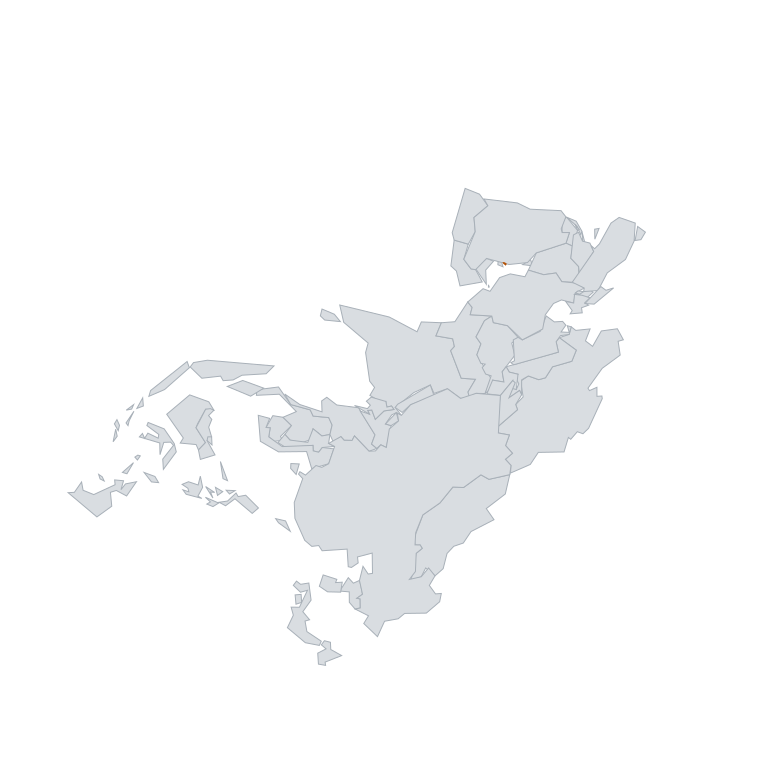 where Bahrain sits in Asia, rotated 128°
{"feature_id": "BHR", "entity_name": "Bahrain", "entity_type": "country or territory", "adm_level": 0, "iso_a3": "BHR", "parent_name": "Asia", "parent_adm1": "", "projection": "natural_earth1", "projection_center": [50.55, 26.027], "detail": "fine", "context": "in_parent", "style": "filled", "palette": "amber", "viewbox_px": 768, "rotation_deg": 128, "n_neighbors": 46, "source": "natural_earth", "source_scale": "50m", "svg_char_len": 13332}
<svg xmlns="http://www.w3.org/2000/svg" viewBox="0 0 768 768"><g transform="rotate(128 384 384)"><path d="M376.3,229.5L370.0,233.8L368.6,242.0L359.5,240.1L357.7,250.3L347.0,253.8L352.2,263.7L350.0,268.5L322.0,263.0L319.1,267.6L308.5,266.4L297.7,278.1L288.8,275.2L285.3,264.7L279.7,260.6L266.7,261.8L250.4,250.0L239.0,253.3L239.6,274.4L230.9,268.6L223.7,271.7L223.7,265.9L213.7,255.5L226.0,251.8L225.9,242.8L208.4,245.4L196.8,234.1L201.8,222.6L206.2,225.8L215.8,215.7L237.3,221.7L261.7,220.7L262.7,218.0L255.5,214.2L262.6,208.6L259.3,204.9L261.2,203.0L293.0,195.5L300.7,196.6L302.6,202.3L312.6,202.8L312.6,205.8L326.7,200.3L342.9,220.3L357.3,219.2L376.3,229.5Z" fill="#d9dde1" stroke="#a8b0b8" stroke-width="1"/><path d="M239.6,274.4L239.0,253.3L250.4,250.0L266.7,261.8L279.7,260.6L285.3,264.7L288.8,275.2L296.0,278.1L307.7,268.9L305.6,273.2L317.9,277.0L312.4,281.1L306.9,280.7L306.9,276.4L300.9,277.8L297.7,284.6L293.8,284.4L297.5,292.6L295.2,298.4L251.5,266.2L244.7,274.4L239.6,274.4Z" fill="#d9dde1" stroke="#a8b0b8" stroke-width="1"/><path d="M665.5,528.4L664.1,566.0L660.0,561.3L647.4,562.0L653.0,555.7L649.8,544.6L628.9,533.9L625.4,537.2L620.6,529.7L629.2,526.2L621.9,526.2L613.4,518.9L630.7,517.9L632.7,529.4L637.8,532.9L647.9,523.3L665.5,528.4ZM584.4,564.7L581.4,571.9L576.5,572.5L579.4,567.0L584.4,564.7ZM630.9,553.2L630.6,548.9L632.7,544.8L633.6,549.3L630.9,553.2ZM550.2,489.6L547.4,494.8L556.0,508.2L550.1,508.9L541.6,536.6L512.2,530.4L505.9,511.1L509.4,501.9L513.7,509.0L530.1,506.4L534.2,505.2L540.1,488.6L550.2,489.6ZM600.2,533.0L613.0,531.3L614.7,535.7L600.2,533.0ZM595.0,535.3L591.6,534.2L590.7,531.8L595.7,531.5L595.0,535.3ZM600.5,500.9L604.3,506.9L601.4,518.6L597.9,507.6L600.5,500.9ZM565.4,505.9L587.1,505.3L579.4,512.1L561.9,512.1L561.2,516.4L565.6,521.6L577.6,517.0L568.5,524.4L576.3,544.2L571.7,543.9L574.2,539.2L568.1,539.8L565.7,528.6L562.4,530.4L562.7,545.3L559.5,546.2L554.7,529.6L560.1,512.6L565.4,505.9ZM563.3,571.0L554.4,568.6L559.1,567.4L563.3,571.0ZM559.4,564.3L569.8,562.2L574.4,560.1L573.5,563.3L559.4,564.3ZM549.5,560.1L555.4,563.7L543.5,565.6L549.5,560.1ZM491.0,547.4L523.5,553.5L538.5,561.7L532.8,563.9L487.5,553.0L491.0,547.4ZM478.4,517.6L491.6,531.1L489.9,547.2L484.4,547.3L474.0,537.8L437.5,481.8L448.5,483.2L464.5,501.3L473.7,505.4L480.4,512.8L478.4,517.6Z" fill="#d9dde1" stroke="#a8b0b8" stroke-width="1"/><path d="M584.8,567.6L589.4,562.1L596.3,561.9L584.8,567.6Z" fill="#d9dde1" stroke="#a8b0b8" stroke-width="1"/><path d="M145.3,320.9L140.9,329.0L140.1,342.8L137.4,332.8L141.8,322.0L145.3,320.9Z" fill="#d9dde1" stroke="#a8b0b8" stroke-width="1"/><path d="M149.2,315.5L142.0,321.9L148.6,313.2L149.2,315.5Z" fill="#d9dde1" stroke="#a8b0b8" stroke-width="1"/><path d="M143.8,326.0L140.6,332.0L142.1,325.2L143.8,326.0Z" fill="#d9dde1" stroke="#a8b0b8" stroke-width="1"/><path d="M143.8,326.0L159.3,320.3L161.0,327.3L150.5,331.1L155.0,336.9L145.6,344.5L140.1,342.8L143.8,326.0Z" fill="#d9dde1" stroke="#a8b0b8" stroke-width="1"/><path d="M219.8,373.3L231.6,374.0L242.4,364.8L236.5,383.4L221.9,380.5L219.8,373.3Z" fill="#d9dde1" stroke="#a8b0b8" stroke-width="1"/><path d="M216.1,370.3L215.8,366.1L218.4,362.4L219.9,367.7L216.1,370.3Z" fill="#d9dde1" stroke="#a8b0b8" stroke-width="1"/><path d="M199.3,339.5L204.6,348.3L195.8,345.1L199.3,339.5Z" fill="#d9dde1" stroke="#a8b0b8" stroke-width="1"/><path d="M161.0,327.3L159.3,320.3L169.9,314.2L171.6,303.0L178.7,297.1L187.9,298.3L193.9,306.9L190.6,316.8L199.6,325.5L205.4,340.3L186.9,344.7L161.0,327.3Z" fill="#d9dde1" stroke="#a8b0b8" stroke-width="1"/><path d="M237.5,382.2L243.1,369.4L259.9,384.5L250.4,396.5L249.8,404.0L227.4,417.3L221.9,403.7L236.6,397.9L239.7,386.3L237.5,382.2ZM243.4,361.3L241.5,362.8L242.8,360.8L243.4,361.3Z" fill="#d9dde1" stroke="#a8b0b8" stroke-width="1"/><path d="M472.4,443.1L473.7,431.3L489.0,433.3L490.9,429.4L496.8,435.3L496.6,442.3L488.6,446.7L490.9,450.2L477.4,452.1L472.4,443.1Z" fill="#d9dde1" stroke="#a8b0b8" stroke-width="1"/><path d="M484.7,431.1L473.7,431.3L472.4,443.1L459.7,436.1L456.5,460.2L471.5,477.6L466.7,480.6L451.3,465.3L457.6,444.8L449.8,426.2L452.9,420.1L444.5,406.9L448.3,399.6L457.1,395.5L463.2,401.0L463.0,412.3L473.2,407.7L481.0,412.8L486.1,423.6L484.7,431.1Z" fill="#d9dde1" stroke="#a8b0b8" stroke-width="1"/><path d="M495.5,431.5L484.7,431.1L486.1,423.6L476.9,408.1L463.0,412.3L463.2,401.0L457.1,395.5L464.9,391.1L463.6,384.5L472.0,393.5L478.0,393.5L480.3,398.6L476.1,402.2L494.4,421.6L495.5,431.5Z" fill="#d9dde1" stroke="#a8b0b8" stroke-width="1"/><path d="M457.1,395.5L448.3,399.6L444.5,406.9L452.9,420.1L449.8,426.2L457.6,444.8L453.0,456.1L452.0,437.7L444.1,415.7L435.7,422.7L429.7,420.9L429.6,408.3L418.4,389.4L429.6,359.8L439.0,356.8L439.2,350.0L446.2,354.4L443.1,375.3L448.1,374.4L452.9,380.8L452.0,385.6L461.4,387.2L457.1,395.5Z" fill="#d9dde1" stroke="#a8b0b8" stroke-width="1"/><path d="M481.5,452.9L490.9,450.2L488.6,446.7L496.6,442.3L496.0,425.7L476.1,402.2L480.3,398.6L478.0,393.5L472.0,393.5L466.0,383.6L480.9,378.5L495.2,388.9L484.9,403.4L502.4,425.3L505.3,446.1L486.1,463.8L481.5,452.9Z" fill="#d9dde1" stroke="#a8b0b8" stroke-width="1"/><path d="M579.1,268.2L577.4,276.9L569.2,283.4L574.4,291.4L558.6,292.9L559.8,285.5L553.9,282.4L556.7,278.7L562.9,271.5L569.6,273.5L568.0,270.5L575.1,264.8L579.1,268.2Z" fill="#d9dde1" stroke="#a8b0b8" stroke-width="1"/><path d="M565.9,294.9L574.7,290.0L582.5,300.5L583.2,310.4L571.9,314.4L567.0,300.9L570.3,299.9L565.9,294.9Z" fill="#d9dde1" stroke="#a8b0b8" stroke-width="1"/><path d="M378.0,229.1L396.0,220.7L419.2,226.7L423.2,213.8L446.7,224.6L460.5,223.6L468.9,229.1L478.7,230.0L493.1,223.7L503.8,225.7L503.3,237.9L513.0,236.0L522.3,241.7L497.6,254.4L490.0,252.7L488.6,256.4L491.7,260.5L486.5,265.5L463.2,272.8L443.3,266.7L422.8,266.3L416.6,257.6L395.9,251.7L394.5,242.6L378.0,229.1Z" fill="#d9dde1" stroke="#a8b0b8" stroke-width="1"/><path d="M439.2,350.0L439.0,356.8L429.6,359.8L420.0,386.1L416.7,376.9L414.9,380.6L412.0,377.6L417.2,369.1L405.2,367.4L398.0,360.5L396.7,364.5L400.4,367.5L396.6,371.8L399.7,373.4L401.7,388.1L392.5,389.3L390.6,397.0L370.5,417.9L361.5,421.7L360.2,453.7L349.0,467.5L328.0,421.1L322.5,390.1L312.1,392.8L300.4,376.5L314.1,372.7L306.1,357.7L311.1,351.6L316.7,352.0L331.9,326.7L323.9,314.8L338.5,312.9L342.6,308.0L348.2,314.8L348.7,331.1L360.6,338.8L356.3,346.9L372.3,355.2L395.6,360.7L398.0,351.0L399.0,356.7L403.6,358.9L414.6,358.2L412.4,352.8L432.6,343.1L433.9,349.1L439.2,350.0Z" fill="#d9dde1" stroke="#a8b0b8" stroke-width="1"/><path d="M416.7,376.9L419.1,394.0L413.6,381.9L409.1,381.7L408.4,387.3L402.3,386.0L396.6,371.8L400.4,367.5L396.7,364.5L398.0,360.5L405.2,367.4L417.2,369.1L412.0,377.6L414.9,380.6L416.7,376.9Z" fill="#d9dde1" stroke="#a8b0b8" stroke-width="1"/><path d="M412.4,352.8L414.6,358.2L399.0,356.7L404.1,349.8L412.4,352.8Z" fill="#d9dde1" stroke="#a8b0b8" stroke-width="1"/><path d="M395.2,352.2L395.6,360.7L391.6,360.8L356.3,346.9L362.4,337.4L384.0,350.3L395.2,352.2Z" fill="#d9dde1" stroke="#a8b0b8" stroke-width="1"/><path d="M342.6,308.0L338.5,312.9L323.9,314.8L331.9,326.7L316.7,352.0L311.1,351.6L306.1,357.7L314.1,372.7L300.4,376.5L291.3,366.5L267.8,368.5L269.4,361.7L276.3,358.7L264.1,340.9L272.2,343.8L290.2,340.5L292.7,332.3L303.8,328.8L314.2,302.1L329.3,298.5L334.7,305.7L342.6,308.0Z" fill="#d9dde1" stroke="#a8b0b8" stroke-width="1"/><path d="M280.9,298.6L301.6,298.4L308.6,290.7L314.1,300.8L320.4,296.4L329.3,298.5L311.6,304.6L313.6,310.0L310.6,316.7L306.1,316.5L308.1,320.4L303.8,328.8L292.7,332.3L290.2,340.5L272.2,343.8L264.1,340.9L268.3,335.6L262.0,322.6L264.7,307.1L273.1,308.5L280.9,298.6Z" fill="#d9dde1" stroke="#a8b0b8" stroke-width="1"/><path d="M295.2,298.4L297.5,292.6L293.8,284.4L306.9,276.4L308.8,280.6L302.0,284.7L321.4,285.2L328.4,296.9L314.1,300.8L308.6,290.7L301.6,298.4L295.2,298.4Z" fill="#d9dde1" stroke="#a8b0b8" stroke-width="1"/><path d="M307.7,268.9L319.1,267.6L322.0,263.0L350.0,268.5L321.4,285.2L302.0,284.7L302.2,281.4L317.9,277.0L305.6,273.2L307.7,268.9Z" fill="#d9dde1" stroke="#a8b0b8" stroke-width="1"/><path d="M223.7,271.7L230.9,268.6L237.2,274.7L244.7,274.4L251.5,266.2L289.0,293.6L289.1,297.2L285.4,295.5L269.6,309.3L264.7,307.1L264.1,302.2L246.3,293.3L230.5,298.1L230.2,288.0L224.7,281.8L225.7,276.9L234.0,276.5L229.3,269.8L225.2,275.4L223.7,271.7Z" fill="#d9dde1" stroke="#a8b0b8" stroke-width="1"/><path d="M205.4,340.3L199.6,325.5L190.6,316.8L193.9,306.9L185.5,293.7L185.1,285.3L194.5,289.2L203.4,284.4L208.5,295.9L216.2,300.0L230.1,299.5L243.0,292.8L264.1,302.2L262.0,322.6L268.3,335.6L264.1,340.9L276.3,358.7L269.4,361.7L267.8,368.5L247.9,364.6L245.7,357.5L229.0,358.4L219.5,352.3L212.7,339.0L205.4,340.3Z" fill="#d9dde1" stroke="#a8b0b8" stroke-width="1"/><path d="M144.7,324.2L149.2,315.5L146.2,308.5L150.5,300.3L176.7,298.0L171.6,303.0L169.9,314.2L149.9,326.5L144.7,324.2Z" fill="#d9dde1" stroke="#a8b0b8" stroke-width="1"/><path d="M196.1,289.0L183.2,280.5L182.9,275.7L192.0,277.3L196.1,289.0Z" fill="#d9dde1" stroke="#a8b0b8" stroke-width="1"/><path d="M187.9,298.3L150.5,300.3L147.5,306.1L147.7,301.3L141.0,300.5L117.4,304.2L108.0,301.3L102.5,285.1L117.4,274.9L137.2,270.4L159.0,276.5L178.6,272.9L188.3,283.6L185.1,285.3L187.9,298.3ZM103.4,271.5L112.1,270.4L116.3,274.5L103.7,281.1L103.4,271.5Z" fill="#d9dde1" stroke="#a8b0b8" stroke-width="1"/><path d="M370.1,470.1L369.5,476.1L363.1,479.0L359.6,466.1L361.7,456.8L370.1,470.1Z" fill="#d9dde1" stroke="#a8b0b8" stroke-width="1"/><path d="M504.0,408.4L499.2,401.6L509.4,397.5L508.0,405.6L504.0,408.4ZM321.4,285.2L352.2,263.7L347.0,253.8L357.7,250.3L359.5,240.1L368.6,242.0L370.0,233.8L378.0,229.1L394.5,242.6L395.9,251.7L416.6,257.6L422.8,266.3L443.3,266.7L463.2,272.8L481.6,267.5L491.7,260.5L488.6,256.4L490.0,252.7L497.6,254.4L512.4,243.8L522.4,243.7L513.0,236.0L501.5,235.6L503.8,225.7L514.8,224.3L517.7,214.2L513.8,209.9L521.3,206.1L538.5,209.6L552.1,226.5L560.3,228.3L570.6,237.5L587.1,233.6L585.2,252.5L576.2,253.5L579.1,268.2L575.1,264.8L568.0,270.5L569.6,273.5L562.9,271.5L553.9,282.4L540.6,288.3L543.5,279.5L540.3,276.5L524.5,289.2L536.6,298.4L540.9,294.2L548.6,296.7L550.0,299.7L536.8,311.4L553.5,330.1L551.5,336.0L556.4,340.9L556.0,350.2L544.7,371.5L532.6,381.8L508.6,389.8L507.6,395.9L504.9,396.3L504.1,389.8L490.1,387.4L488.0,381.7L480.9,378.5L463.6,384.5L464.9,391.1L452.0,385.6L452.9,380.8L448.1,374.4L443.1,375.3L446.2,354.4L441.9,349.5L433.9,349.1L432.6,343.1L416.2,352.1L404.1,349.8L398.8,355.6L398.0,351.0L384.0,350.3L348.7,331.1L348.2,314.8L334.7,305.7L321.4,285.2Z" fill="#d9dde1" stroke="#a8b0b8" stroke-width="1"/><path d="M557.8,367.2L558.3,381.7L556.8,386.5L552.5,377.3L557.8,367.2Z" fill="#d9dde1" stroke="#a8b0b8" stroke-width="1"/><path d="M195.9,271.3L202.3,275.3L205.9,271.6L214.1,280.5L210.3,280.9L207.1,291.6L203.4,284.4L196.1,289.0L192.1,282.5L189.3,274.8L196.3,275.8L195.9,271.3ZM194.5,289.2L191.3,288.5L188.3,283.6L192.7,285.0L194.5,289.2Z" fill="#d9dde1" stroke="#a8b0b8" stroke-width="1"/><path d="M166.9,262.2L191.7,267.6L196.9,275.2L173.7,273.1L173.5,266.8L166.9,262.2Z" fill="#d9dde1" stroke="#a8b0b8" stroke-width="1"/><path d="M564.9,443.0L559.7,435.7L565.8,438.0L564.9,443.0ZM574.6,461.4L573.7,450.7L575.9,454.2L579.2,448.6L574.6,461.4ZM586.3,457.1L592.7,472.0L591.2,477.3L589.1,471.4L586.9,474.3L587.4,481.3L581.4,477.9L578.0,468.3L569.7,472.0L577.1,463.3L586.9,461.6L586.3,457.1ZM557.7,452.6L545.8,465.2L556.5,447.8L557.7,452.6ZM567.1,408.2L566.2,430.8L577.5,433.9L578.7,441.1L572.5,435.2L561.0,433.5L562.5,429.6L556.8,424.5L559.0,406.6L567.1,408.2ZM569.2,453.2L568.1,444.8L574.3,446.6L569.2,453.2ZM585.9,443.3L587.7,449.7L583.8,448.2L583.2,455.0L579.6,441.0L585.9,443.3Z" fill="#d9dde1" stroke="#a8b0b8" stroke-width="1"/><path d="M461.3,476.2L475.7,481.6L482.4,506.0L468.2,497.5L461.3,476.2ZM550.2,489.6L540.1,488.6L534.2,505.2L513.7,509.0L510.3,505.7L509.4,501.9L516.9,502.8L517.9,497.9L525.9,495.6L531.8,487.3L537.5,488.6L543.9,473.5L556.5,482.3L550.2,489.6Z" fill="#d9dde1" stroke="#a8b0b8" stroke-width="1"/><path d="M537.9,482.0L537.5,488.6L534.1,490.3L531.8,487.3L537.9,482.0Z" fill="#d9dde1" stroke="#a8b0b8" stroke-width="1"/><path d="M636.3,286.7L635.5,310.1L622.0,313.1L617.0,319.8L612.0,313.2L593.7,317.3L599.5,321.6L598.5,331.5L593.2,331.6L593.2,326.4L587.1,320.7L599.2,308.4L613.4,307.8L615.6,297.5L619.4,300.3L626.6,292.3L625.3,275.1L629.8,274.0L636.3,286.7ZM639.4,259.2L641.7,256.8L645.1,263.2L636.9,270.5L628.4,266.6L628.1,272.8L623.0,272.9L620.5,267.2L626.0,262.5L624.1,250.2L639.4,259.2ZM600.8,319.8L606.8,314.5L611.7,317.8L604.9,324.2L600.8,319.8Z" fill="#d9dde1" stroke="#a8b0b8" stroke-width="1"/><path d="M221.9,403.7L227.4,417.3L222.8,423.4L179.9,440.5L175.6,425.6L179.6,411.9L197.4,415.6L207.8,405.9L221.9,403.7Z" fill="#d9dde1" stroke="#a8b0b8" stroke-width="1"/><path d="M140.3,343.6L152.6,339.9L155.0,336.9L150.5,331.1L161.0,327.3L186.9,344.7L200.0,345.7L212.9,359.1L221.9,380.5L237.5,382.2L239.7,386.3L236.6,397.9L207.8,405.9L197.4,415.6L179.6,411.9L176.6,419.1L159.2,390.4L156.3,376.5L138.4,351.2L140.3,343.6Z" fill="#d9dde1" stroke="#a8b0b8" stroke-width="1"/><path d="M140.1,307.0L132.3,313.3L129.0,310.3L140.1,307.0Z" fill="#d9dde1" stroke="#a8b0b8" stroke-width="1"/><path d="M215.1,363.8L214.9,364.2L214.4,363.3L214.5,362.8L214.4,362.0L214.4,361.8L214.9,361.7L215.0,361.7L214.9,362.0L215.1,362.4L215.1,363.1L215.1,363.8Z" fill="#f59e0b" stroke="#b45309" stroke-width="1.5"/></g></svg>